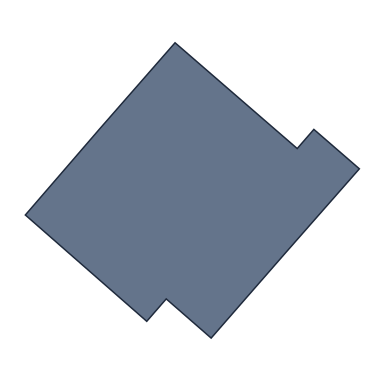 Shelby, Iowa, United States of America (Natural Earth projection), rotated 311°
{"feature_id": "52423323B47496055628600", "entity_name": "Shelby", "entity_type": "district", "adm_level": 2, "iso_a3": "USA", "parent_name": "United States of America", "parent_adm1": "Iowa", "projection": "natural_earth1", "projection_center": [-95.264, 41.684], "detail": "fine", "context": "isolated", "style": "filled", "palette": "slate", "viewbox_px": 384, "rotation_deg": 311, "n_neighbors": 0, "source": "geoboundaries", "source_scale": "gbopen_adm2", "svg_char_len": 308}
<svg xmlns="http://www.w3.org/2000/svg" viewBox="0 0 384 384"><g transform="rotate(311 192 192)"><path d="M319.3,303.1L319.2,242.9L293.8,242.9L293.5,81.3L179.5,80.9L65.3,81.3L64.7,242.7L94.4,242.7L94.3,302.3L206.8,302.5L263.2,302.8L319.3,303.1Z" fill="#64748b" stroke="#1e293b" stroke-width="1.5"/></g></svg>